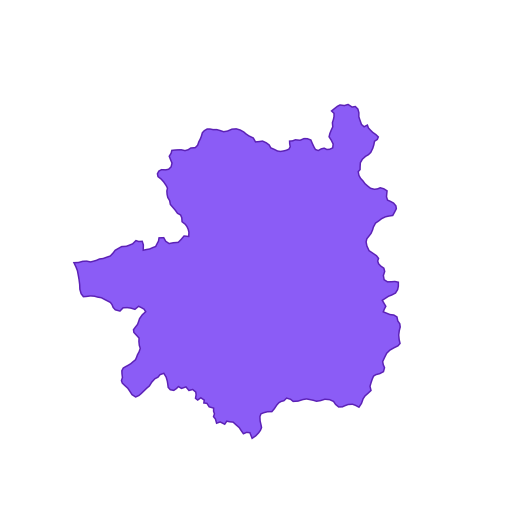 Três Corações, Minas Gerais, Brazil (Albers equal-area conic projection), rotated 112°
{"feature_id": "56859067B1286472531500", "entity_name": "Três Corações", "entity_type": "district", "adm_level": 2, "iso_a3": "BRA", "parent_name": "Brazil", "parent_adm1": "Minas Gerais", "projection": "albers", "projection_center": [-45.209, -21.698], "detail": "fine", "context": "isolated", "style": "filled", "palette": "violet", "viewbox_px": 512, "rotation_deg": 112, "n_neighbors": 0, "source": "geoboundaries", "source_scale": "gbopen_adm2", "svg_char_len": 4968}
<svg xmlns="http://www.w3.org/2000/svg" viewBox="0 0 512 512"><g transform="rotate(112 256 256)"><path d="M330.4,422.3L333.6,418.8L336.6,416.0L340.2,413.7L344.2,411.2L348.5,408.8L352.9,406.8L356.5,404.0L358.4,400.8L357.0,398.0L355.0,394.5L353.8,390.8L353.4,387.3L352.6,383.7L353.0,380.0L353.3,376.6L353.6,373.6L355.0,371.3L357.2,369.2L358.6,366.3L358.0,361.5L353.8,359.8L352.1,356.1L351.2,352.6L350.8,348.3L346.6,346.0L346.8,343.0L347.2,339.9L349.0,337.4L353.1,339.4L357.7,340.5L360.6,340.3L363.8,340.2L367.2,341.2L370.2,342.0L372.6,340.6L374.3,337.0L375.9,333.7L379.2,332.5L382.6,330.7L385.0,328.7L388.6,328.5L392.0,328.9L394.6,328.8L397.4,328.9L400.1,330.4L402.7,331.7L405.1,333.5L407.5,335.5L409.6,337.1L412.6,337.4L415.5,336.1L418.7,334.3L421.9,334.1L423.9,332.4L425.2,329.2L426.6,325.4L428.6,322.4L431.0,319.0L431.8,314.8L429.2,312.3L426.5,310.9L422.9,309.3L419.5,307.8L416.5,306.2L412.0,305.4L407.7,303.8L405.1,301.5L401.9,300.5L399.3,297.5L402.0,293.9L405.2,291.4L407.5,290.0L410.7,288.2L412.1,285.4L411.4,281.9L408.7,280.1L406.1,279.0L406.7,275.5L403.6,271.9L405.8,267.8L403.5,264.7L404.7,260.9L407.2,259.5L410.6,258.8L411.4,256.1L408.1,254.1L409.0,250.0L411.8,249.3L411.0,246.3L413.4,242.9L412.9,238.3L415.8,237.2L417.9,235.4L420.9,235.2L422.3,232.6L425.8,229.9L423.3,227.1L423.7,222.0L420.1,221.2L419.6,218.4L418.6,215.0L420.2,210.7L421.4,207.2L423.2,204.7L425.5,201.1L423.1,198.7L422.1,195.5L426.5,191.3L422.9,188.9L418.9,187.3L415.9,186.6L413.0,186.6L410.7,188.1L407.4,190.4L403.5,192.2L400.5,192.3L398.4,190.1L396.0,186.9L394.4,183.0L390.8,181.8L386.4,180.9L383.6,179.9L381.5,178.3L379.7,175.9L376.3,174.4L375.9,170.2L376.9,167.1L374.8,162.7L371.5,158.7L369.6,155.6L368.9,152.1L368.3,148.8L368.0,145.5L365.9,142.0L363.0,138.5L361.6,133.9L361.8,129.6L363.8,126.6L365.0,122.8L363.5,119.4L361.6,117.6L359.2,115.0L357.3,111.0L357.2,107.7L357.6,103.9L353.2,103.0L348.2,103.2L344.9,102.5L341.5,100.8L337.6,99.0L334.1,101.5L330.0,101.9L326.3,102.1L323.3,102.0L321.1,100.4L318.7,97.2L315.5,94.5L311.4,95.0L309.1,97.3L306.5,99.0L302.1,98.8L297.2,98.4L293.1,96.6L289.2,93.5L286.1,90.7L283.1,89.7L279.8,92.0L275.8,94.1L271.5,95.2L267.8,95.7L265.0,97.3L263.1,100.2L259.7,102.5L259.1,106.1L260.1,109.9L260.1,113.9L260.1,117.1L256.9,117.1L254.0,116.8L252.2,119.2L249.8,122.3L247.0,120.4L243.6,118.0L241.4,115.6L238.1,112.8L234.1,112.1L230.7,112.7L227.0,114.2L227.6,117.7L229.1,120.7L230.7,124.4L230.0,128.3L226.4,130.6L222.1,130.9L219.4,132.9L218.6,136.6L217.3,139.4L215.1,141.3L212.3,141.5L210.6,144.4L209.6,149.0L208.7,153.2L205.1,157.0L201.7,159.2L198.5,159.7L195.5,158.8L191.9,157.8L188.1,157.7L185.2,158.0L180.7,157.5L177.7,155.5L174.3,153.5L171.2,150.7L169.2,147.8L167.2,144.4L163.0,143.9L159.6,143.6L157.1,145.1L155.4,148.3L155.0,151.8L154.9,155.0L152.2,157.2L149.6,158.0L146.5,158.9L145.8,162.7L146.2,166.4L148.2,168.4L149.8,171.2L150.3,175.2L149.3,178.7L148.1,182.1L146.3,185.0L144.8,188.2L142.7,190.8L139.5,192.8L136.9,191.9L134.3,192.9L130.4,194.2L126.3,193.6L122.6,191.8L119.9,189.7L117.0,188.4L112.3,188.1L108.8,188.4L105.2,189.1L102.5,187.2L99.8,187.2L98.5,190.4L97.7,194.0L96.5,196.9L95.2,199.7L92.9,201.8L95.7,204.2L94.5,207.5L90.9,210.7L88.4,212.8L84.6,214.3L81.6,216.6L80.2,219.9L81.9,222.7L81.0,227.4L83.4,230.4L84.5,234.7L86.7,236.6L90.0,238.5L93.2,240.3L94.5,237.1L97.5,235.9L100.2,235.4L103.8,235.1L107.5,233.2L111.0,233.4L114.7,233.4L118.1,232.9L120.5,229.5L123.3,226.4L127.0,225.4L129.5,227.7L130.7,230.2L130.5,233.2L132.2,235.6L134.9,237.8L135.0,240.8L133.3,243.0L130.6,245.9L127.9,248.6L128.0,252.4L129.2,255.5L132.2,258.5L133.5,263.0L135.6,265.3L136.9,267.9L139.3,266.8L141.9,265.2L144.6,265.5L146.7,267.6L148.4,270.0L149.9,272.5L150.6,275.4L150.3,279.2L150.2,282.8L148.1,285.4L147.2,288.9L147.0,293.0L148.7,295.9L150.4,299.2L147.6,302.7L147.3,307.6L146.6,310.9L145.6,313.8L145.1,317.9L145.5,321.9L147.4,325.8L150.9,329.3L152.9,332.6L153.1,336.0L153.5,339.6L154.9,343.1L155.5,346.2L156.6,348.9L159.2,350.9L161.8,351.9L165.5,351.5L168.5,351.5L171.6,351.8L175.1,351.6L178.3,352.9L180.3,356.9L182.9,358.7L184.9,361.3L185.5,365.0L186.9,368.3L188.2,371.0L189.6,373.6L192.5,373.2L196.0,373.8L198.8,371.2L201.3,368.7L205.1,368.1L208.3,369.5L210.0,372.1L211.4,376.0L213.7,377.9L216.7,378.2L219.1,376.6L220.2,372.8L221.9,369.3L224.3,365.7L226.2,363.5L229.1,363.0L232.2,361.5L234.8,359.7L237.0,356.8L240.3,354.7L241.8,351.8L243.6,348.3L245.8,344.8L246.2,341.3L248.4,339.1L251.9,337.4L253.1,333.4L254.6,331.0L256.6,328.9L259.1,327.1L263.1,325.7L264.4,330.2L268.9,331.7L272.5,333.2L274.6,337.5L277.0,341.2L276.2,345.2L273.6,348.4L275.5,352.7L278.6,352.0L281.5,352.3L284.8,352.6L287.0,355.0L289.4,357.3L291.1,360.1L292.9,362.7L287.9,364.6L285.0,367.0L286.5,370.2L286.7,373.1L290.9,374.9L293.6,377.7L295.6,379.9L297.6,384.1L300.6,386.5L303.4,388.7L306.7,389.6L310.6,391.1L313.0,393.9L315.6,396.8L317.4,400.0L319.7,402.2L321.6,404.6L323.5,407.2L324.2,411.1L325.8,414.6L328.5,418.1L330.4,422.3Z" fill="#8b5cf6" stroke="#5b21b6" stroke-width="1.5"/></g></svg>